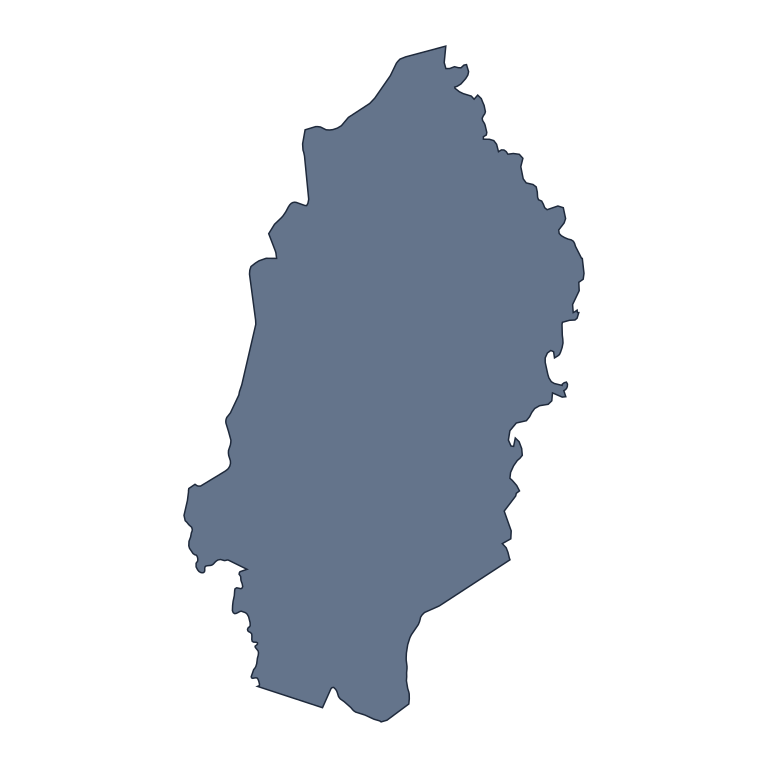 outline of N'zi-Comoé
{"feature_id": "CIV-3452", "entity_name": "N'zi-Comoé", "entity_type": "Department", "adm_level": 1, "iso_a3": "CIV", "parent_name": "Ivory Coast", "parent_adm1": "", "projection": "equal_earth", "projection_center": [-4.27, 7.107], "detail": "fine", "context": "isolated", "style": "filled", "palette": "slate", "viewbox_px": 768, "rotation_deg": 0, "n_neighbors": 0, "source": "natural_earth", "source_scale": "10m", "svg_char_len": 4724}
<svg xmlns="http://www.w3.org/2000/svg" viewBox="0 0 768 768"><path d="M510.0,559.8L439.3,605.9L424.5,612.5L422.1,614.9L420.6,617.2L420.2,619.1L419.5,621.7L418.3,624.6L411.4,634.7L409.9,637.7L407.7,644.7L406.4,653.0L406.2,657.6L406.2,660.0L407.0,666.4L407.0,668.6L406.6,672.7L406.7,676.8L406.4,680.7L407.7,688.5L408.8,692.0L409.2,694.0L409.3,698.8L408.8,704.0L387.0,720.2L381.1,721.9L379.7,720.9L373.9,719.2L364.8,715.0L355.7,712.1L354.0,711.0L352.9,710.0L350.8,707.5L344.1,701.6L340.4,699.0L339.4,697.8L338.5,696.5L337.4,692.9L336.7,691.0L335.6,689.3L333.7,687.4L332.1,687.6L331.0,688.6L322.5,707.7L257.5,686.4L259.3,685.7L259.5,684.2L258.8,681.3L258.0,679.2L256.9,677.9L255.5,677.8L252.7,678.3L251.6,677.9L251.2,676.7L253.7,669.5L254.7,668.4L255.8,666.6L256.7,663.7L257.4,658.2L258.2,655.4L258.5,652.9L258.1,650.9L255.3,647.4L255.1,646.2L256.5,645.1L257.4,644.2L257.5,642.9L256.5,642.3L253.5,642.1L252.2,641.3L251.8,639.5L251.9,636.1L251.7,633.9L250.3,632.4L248.9,631.8L247.8,630.8L247.5,629.3L248.4,627.4L249.4,627.0L250.2,625.6L250.1,622.7L248.6,616.8L247.2,614.2L245.5,612.7L241.3,611.2L239.9,611.5L237.3,612.9L235.9,613.5L234.5,613.6L233.2,612.6L232.4,610.6L232.6,605.5L233.1,601.3L234.3,595.7L234.7,590.2L235.1,588.7L236.7,587.8L241.0,588.7L242.1,588.0L242.7,586.6L242.2,583.8L241.5,582.0L240.9,580.1L240.7,576.7L240.0,575.4L239.1,574.3L239.3,572.9L240.0,571.7L247.0,569.3L228.3,560.1L227.1,560.0L225.8,560.4L224.4,560.6L220.6,559.5L219.3,559.7L217.9,560.0L216.6,560.8L215.4,561.8L213.4,564.0L212.2,564.9L210.8,565.4L207.5,565.7L206.0,566.0L205.0,566.9L204.7,568.4L204.8,570.1L204.5,571.7L203.5,572.6L202.1,572.8L200.7,572.5L199.0,571.5L197.6,569.8L196.1,566.9L196.1,563.3L196.7,562.3L197.5,561.5L197.8,560.1L197.7,558.2L197.2,556.5L196.4,555.2L194.7,554.7L193.0,553.5L189.5,548.3L188.8,545.8L189.0,541.3L190.6,537.0L191.4,532.7L192.1,531.1L192.3,529.4L191.6,527.2L188.8,524.7L186.7,522.1L185.2,520.7L184.0,515.4L187.4,500.6L188.5,492.0L188.5,490.4L188.8,488.5L195.0,484.3L197.2,485.8L198.4,486.1L200.5,486.1L225.4,471.0L227.8,469.1L228.8,467.8L229.8,466.1L230.5,463.5L230.4,460.8L228.7,455.5L228.4,453.0L228.5,450.5L230.4,444.9L230.8,442.3L230.9,440.2L228.5,431.4L226.0,423.3L225.9,422.8L225.8,421.1L226.1,419.2L226.8,417.4L230.4,412.9L238.8,395.1L239.5,391.5L241.8,384.7L255.8,324.3L255.6,320.1L249.5,274.1L249.8,270.2L251.0,266.5L255.5,263.0L259.0,260.8L266.1,258.3L276.6,258.4L275.9,252.8L275.2,250.6L268.7,233.7L274.5,224.3L281.4,217.7L283.0,215.9L285.8,211.8L288.4,206.9L289.8,204.8L291.3,203.3L292.9,202.5L294.6,202.2L296.2,202.4L304.9,205.5L306.6,205.6L307.9,203.4L308.7,199.3L304.5,156.0L303.7,152.2L303.0,150.1L302.6,143.9L305.1,129.8L315.7,126.6L317.7,126.6L320.5,127.0L326.1,129.8L329.7,130.0L332.9,129.6L337.4,128.1L341.4,125.7L348.4,117.4L369.8,103.4L374.8,98.1L390.4,75.6L396.4,63.2L397.8,61.4L400.0,59.1L405.8,56.8L445.8,46.1L444.2,62.6L445.9,68.6L449.8,68.5L454.5,66.7L458.3,67.7L461.0,67.8L463.9,65.1L466.5,64.6L468.6,71.7L467.9,75.0L465.7,78.6L460.9,84.0L457.2,86.3L454.7,87.1L455.0,88.3L459.3,91.7L463.2,93.6L471.3,96.1L474.1,99.2L477.7,95.1L481.3,98.6L482.4,101.4L484.1,105.4L485.4,111.7L484.8,113.7L483.3,115.9L482.2,118.2L482.6,120.5L484.5,123.6L485.1,125.2L486.8,132.4L486.3,135.0L483.4,136.7L483.4,139.2L489.5,139.3L493.8,140.6L496.6,144.3L498.5,151.7L501.4,149.9L504.0,150.0L506.2,151.6L507.9,154.2L513.3,153.5L519.3,154.3L522.9,158.3L520.8,166.7L523.2,178.8L526.2,182.9L533.0,184.5L536.2,186.9L537.3,192.1L537.6,197.3L538.5,199.7L541.7,201.1L543.4,204.3L544.7,207.7L547.1,209.7L557.9,206.0L563.3,207.7L565.6,218.6L564.1,223.0L558.7,230.0L559.2,233.5L561.3,235.7L564.6,237.6L568.1,239.1L571.1,239.8L573.4,241.3L574.6,243.5L575.5,246.4L581.5,258.2L582.3,258.4L584.0,273.4L583.2,279.2L578.8,282.3L579.2,290.7L575.2,299.1L572.6,304.5L573.2,312.6L575.1,311.6L577.1,310.1L577.3,311.3L577.3,312.2L577.6,312.6L578.8,312.6L577.1,318.2L575.0,320.0L569.5,320.3L562.4,322.3L562.0,324.5L562.3,335.2L562.8,339.2L563.0,343.0L562.1,347.6L560.5,352.3L559.4,354.6L557.8,355.9L554.5,357.9L553.6,351.7L550.8,350.5L547.4,353.0L545.2,357.9L545.2,362.4L547.8,374.3L548.9,377.9L551.3,381.7L554.3,383.5L562.1,385.4L562.2,384.3L564.2,382.7L566.4,382.1L567.5,384.1L567.3,386.7L566.5,388.5L565.3,389.8L563.8,390.6L565.8,396.7L562.2,397.1L552.5,392.9L551.8,400.8L548.2,404.3L539.6,405.7L534.7,408.5L531.8,412.4L529.6,416.7L526.4,420.7L516.3,423.0L509.9,430.7L508.4,440.1L511.0,446.0L513.6,446.4L515.3,438.0L519.1,441.7L521.7,448.6L522.3,455.3L519.9,458.3L517.3,460.5L513.6,465.8L510.6,472.4L509.9,478.3L512.2,480.3L516.7,485.5L519.5,490.9L516.3,493.3L515.7,496.0L504.2,511.1L511.2,530.9L510.8,538.8L502.3,543.6L506.2,547.8L508.0,552.5L509.3,557.9L510.0,559.8Z" fill="#64748b" stroke="#1e293b" stroke-width="1.5"/></svg>